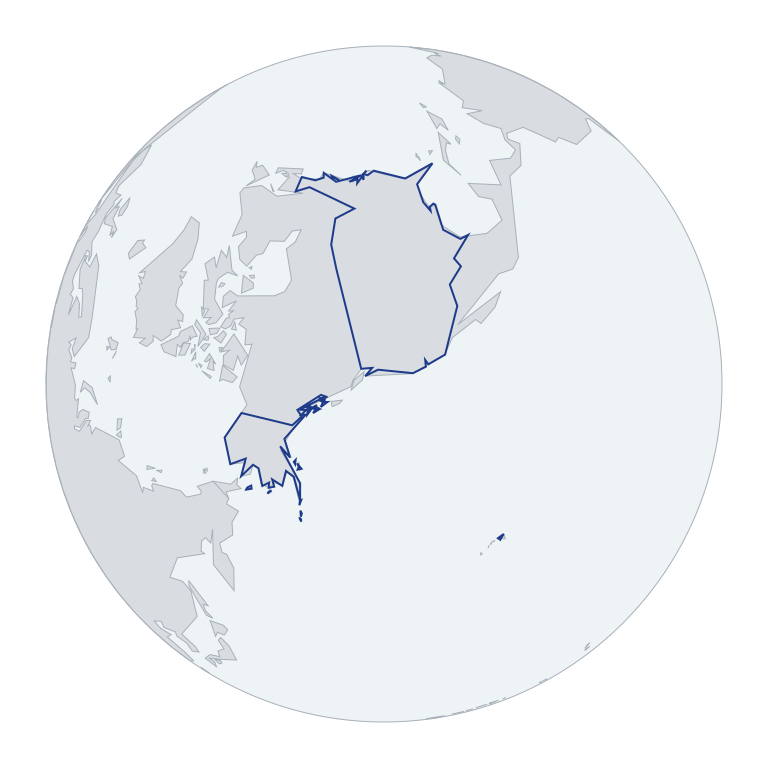 United States of America on an orthographic globe, rotated 270°
{"feature_id": "USA", "entity_name": "United States of America", "entity_type": "country or territory", "adm_level": 0, "iso_a3": "USA", "parent_name": "North America", "parent_adm1": "", "projection": "orthographic", "projection_center": [-126.716, 45.186], "detail": "medium", "context": "on_globe", "style": "outline", "palette": "blue", "viewbox_px": 768, "rotation_deg": 270, "n_neighbors": 0, "source": "natural_earth", "source_scale": "50m", "svg_char_len": 12002}
<svg xmlns="http://www.w3.org/2000/svg" viewBox="0 0 768 768"><g transform="rotate(270 384 384)"><circle cx="384" cy="384" r="338" fill="#eef3f6" stroke="#a8b0b8"/><path d="M123.7,587.6L124.6,589.3L124.4,589.2L123.7,587.6ZM627.2,618.6L649.4,588.9L649.0,585.5L637.0,591.1L623.5,576.6L630.7,558.5L626.1,555.5L640.7,523.1L634.6,506.6L628.8,508.0L624.5,519.8L602.6,521.0L592.0,509.9L510.5,518.4L499.0,512.8L494.1,498.6L443.4,457.8L476.3,500.6L461.0,495.1L444.5,481.0L448.5,475.6L430.4,452.4L413.5,444.9L394.4,412.6L392.0,366.2L400.6,372.3L399.0,361.2L388.1,353.2L381.3,350.7L361.1,307.3L326.7,285.3L310.8,290.9L318.2,280.4L284.6,300.6L262.7,300.2L290.6,293.2L295.9,286.8L282.6,282.3L285.1,275.0L280.1,268.9L284.4,260.8L300.4,258.2L303.4,253.1L293.8,250.3L291.9,241.1L305.6,245.8L303.8,230.3L330.2,224.8L363.3,246.9L381.2,239.6L423.8,251.9L423.1,244.9L438.8,246.2L443.9,238.8L450.4,243.9L448.8,233.8L442.0,230.6L439.0,225.2L441.3,220.8L450.0,226.3L450.1,229.3L453.8,228.7L457.2,233.4L456.9,228.6L467.1,236.3L460.5,222.4L471.7,223.3L477.5,230.1L472.1,237.5L472.2,274.3L476.4,284.8L487.8,291.5L519.2,286.4L525.9,295.2L538.3,301.2L536.9,292.2L526.7,284.4L527.1,270.0L514.5,263.0L512.8,256.4L501.8,246.7L508.6,239.8L521.3,238.5L530.8,246.5L536.7,246.5L531.8,232.5L553.6,242.1L575.0,239.9L580.1,243.8L582.5,261.6L571.8,276.9L574.8,303.0L578.2,277.9L590.8,289.2L595.1,288.0L597.5,283.0L594.8,275.8L600.2,278.3L599.0,303.2L594.0,301.3L594.5,293.1L589.6,300.8L588.8,319.0L595.2,324.0L587.2,348.4L591.7,352.6L592.5,360.7L585.8,352.2L597.6,368.3L589.2,403.4L605.2,432.3L583.7,417.1L572.6,421.1L560.3,429.6L562.9,434.5L543.3,440.8L531.1,460.0L534.7,487.1L547.8,502.0L568.8,492.0L571.4,478.7L584.6,468.2L583.1,501.0L607.6,489.6L609.8,510.4L618.0,515.6L628.2,505.0L639.5,500.9L644.6,483.7L654.2,467.1L657.4,482.2L660.3,462.2L667.3,463.4L684.5,439.9L684.0,445.1L698.9,442.4L710.1,426.8L712.8,431.7L711.9,441.0L714.6,434.4L714.6,438.4L720.9,409.6L721.0,409.1L718.1,435.0L713.1,460.5L706.3,485.6L697.5,510.1L686.9,533.8L674.5,556.7L660.3,578.5L644.5,599.2L627.2,618.6ZM229.2,505.2L229.6,497.9L234.0,503.8L229.2,505.2ZM226.8,492.6L227.3,495.3L226.2,492.9L226.8,492.6ZM224.0,490.3L226.0,492.0L223.5,490.8L224.0,490.3ZM219.9,488.0L222.2,488.9L221.9,489.1L219.9,488.0ZM607.9,443.4L635.6,438.2L623.7,451.1L625.3,446.4L617.5,445.5L604.2,449.0L592.7,461.1L607.9,443.4ZM214.4,482.3L213.0,480.7L215.2,480.8L214.4,482.3ZM611.7,418.4L607.2,420.6L611.1,417.2L611.7,418.4ZM377.9,351.1L387.6,353.9L396.5,364.2L388.1,362.5L377.9,351.1ZM361.4,332.2L366.6,331.0L367.9,342.4L364.5,339.5L361.4,332.2ZM298.8,297.1L306.2,299.0L298.1,299.8L298.8,297.1ZM278.7,269.5L275.8,271.5L274.4,267.5L278.7,269.5ZM498.7,251.3L500.3,249.1L501.5,252.0L498.7,251.3ZM492.5,249.4L492.9,254.4L490.0,254.3L489.8,251.2L492.5,249.4ZM279.7,251.7L278.4,245.2L282.4,251.3L279.7,251.7ZM492.7,243.3L484.9,253.4L479.8,253.2L474.8,241.4L492.7,243.3ZM279.5,241.1L276.2,226.0L269.4,228.8L286.8,213.1L283.8,230.7L289.9,237.6L283.3,236.8L279.5,241.1ZM438.8,231.5L446.2,234.7L437.8,236.3L438.8,231.5ZM434.1,233.9L412.7,247.7L402.9,241.3L412.0,237.7L397.6,233.3L403.4,223.3L412.6,223.5L417.8,229.5L416.1,221.2L434.1,233.9ZM296.9,207.3L298.5,203.5L299.8,207.0L296.9,207.3ZM437.2,223.3L433.7,226.4L425.0,221.0L430.3,213.8L431.4,217.8L437.2,223.3ZM391.0,237.2L385.4,232.2L388.6,222.7L386.9,219.6L402.7,222.6L391.0,237.2ZM434.6,216.8L433.2,210.3L439.5,209.0L440.0,219.9L434.6,216.8ZM420.4,222.7L416.5,219.9L420.5,219.1L420.4,222.7ZM461.0,201.5L457.0,204.9L452.1,202.3L461.0,201.5ZM432.3,208.1L430.2,208.6L427.8,208.1L428.2,203.7L432.3,208.1ZM403.8,215.8L406.3,213.1L397.5,214.1L399.5,207.4L409.7,210.7L406.1,206.5L406.7,204.5L414.4,209.5L403.8,215.8ZM421.5,197.9L435.2,200.5L443.6,194.6L448.2,196.6L433.8,205.9L421.5,197.9ZM416.7,204.2L420.7,200.7L424.4,204.8L423.8,209.8L416.7,204.2ZM397.2,201.8L391.5,211.2L389.5,210.2L397.2,201.8ZM423.2,195.3L419.9,194.8L423.4,194.4L423.2,195.3ZM404.4,198.8L402.6,202.1L400.4,200.9L404.4,198.8ZM414.7,191.1L419.1,191.9L418.9,195.1L414.7,191.1ZM409.4,193.9L406.7,191.5L416.2,195.8L409.0,195.6L409.4,193.9ZM402.5,197.0L400.6,197.4L403.6,195.8L402.5,197.0ZM412.9,178.7L424.9,183.5L424.5,190.5L412.9,184.8L412.9,178.7ZM683.4,227.3L679.1,220.1L619.6,145.3L611.5,135.7L569.8,101.9L565.5,98.9L567.4,100.2L587.8,114.4L607.1,130.2L625.1,147.2L641.9,165.6L657.2,185.1L671.1,205.8L683.4,227.3ZM443.3,51.3L452.0,53.1L440.1,51.3L457.4,54.6L453.5,53.4L464.3,55.8L468.5,57.1L464.1,56.2L473.0,58.8L491.6,63.7L490.8,63.4L527.1,77.9L527.8,78.2L524.1,76.7L536.1,85.5L542.2,87.7L531.4,80.0L536.7,82.7L543.5,86.1L544.6,86.7L542.8,85.9L553.0,95.0L573.6,109.2L607.2,132.7L617.7,143.3L623.1,151.6L603.5,141.0L582.2,118.8L575.0,115.9L572.9,121.0L566.7,114.2L563.2,113.8L554.6,106.5L536.2,98.3L526.4,92.0L513.2,91.5L506.4,88.6L516.2,89.4L517.8,87.2L492.9,74.2L486.3,72.4L479.6,73.5L473.6,70.3L470.4,73.0L453.1,68.4L471.5,76.8L464.2,79.5L450.5,78.8L451.4,81.5L473.7,82.8L479.6,82.2L479.5,79.0L498.5,80.1L508.3,84.2L500.9,89.7L514.1,96.5L502.5,98.8L449.4,92.0L430.3,88.6L411.4,74.2L419.3,72.2L430.1,76.1L425.7,68.8L423.4,71.1L418.4,68.8L410.2,71.8L406.2,70.4L405.1,76.0L399.3,74.6L400.2,71.1L383.1,75.4L369.5,74.6L367.5,76.4L369.3,78.5L350.9,76.7L350.3,78.2L356.0,79.2L358.5,83.0L355.7,89.2L349.5,88.2L349.7,85.8L340.7,79.9L342.1,74.3L339.2,74.6L336.6,79.3L347.5,86.5L347.6,90.6L341.2,87.4L343.6,88.8L341.7,90.6L334.0,91.7L340.5,95.5L328.0,119.2L311.8,124.5L307.5,118.4L292.2,136.5L275.2,142.7L280.6,143.4L276.9,153.6L282.2,151.7L284.5,152.9L277.4,180.3L270.9,186.5L273.9,200.7L276.7,201.3L281.7,197.3L286.8,213.1L269.4,228.8L264.1,226.5L256.8,238.5L245.6,232.0L233.0,232.7L224.9,219.7L215.6,222.0L213.8,226.6L199.9,233.8L177.3,234.1L203.3,213.5L238.8,212.6L225.0,210.8L230.4,205.4L226.8,201.5L216.9,201.1L214.3,204.6L210.2,177.4L190.8,169.9L186.6,182.6L177.2,190.8L151.5,197.2L134.0,181.7L121.2,195.5L115.9,199.0L117.0,192.3L124.8,186.8L132.0,176.9L136.1,175.3L140.6,163.9L146.8,161.1L147.1,154.2L139.6,160.6L133.4,171.2L131.1,167.3L116.2,184.5L107.2,193.6L107.0,190.5L121.4,171.3L137.2,153.2L154.2,136.2L172.4,120.5L191.6,106.2L211.9,93.2L233.0,81.7L254.8,71.8L277.3,63.4L300.4,56.6L323.8,51.5L347.6,48.0L371.6,46.3L395.6,46.3L419.5,48.0L443.3,51.3ZM645.3,170.4L648.1,173.6L645.3,170.4ZM390.4,46.1L385.0,46.1L385.0,46.3L392.4,46.4L411.5,47.2L390.4,46.1ZM685.0,438.9L687.4,439.0L684.9,442.9L685.0,438.9ZM624.1,459.3L629.0,455.6L632.2,455.9L628.8,459.9L624.1,459.3ZM660.4,423.3L665.1,419.5L661.1,426.2L660.4,423.3ZM639.5,436.8L656.8,427.0L648.9,442.0L637.6,448.3L644.2,440.0L639.5,436.8ZM613.5,429.9L617.0,428.6L617.3,432.4L613.5,429.9ZM614.5,416.0L613.5,417.3L610.9,416.0L614.5,416.0ZM590.9,287.7L591.2,285.8L594.5,282.0L594.8,286.2L590.9,287.7ZM598.0,252.2L606.6,257.1L600.7,256.2L602.8,262.6L593.0,269.3L582.1,246.1L588.8,255.2L598.0,252.2ZM576.9,272.8L584.4,270.5L576.6,274.0L576.9,272.8ZM552.7,121.8L551.9,118.3L558.3,120.1L570.5,130.1L561.4,127.4L552.7,121.8ZM549.2,113.0L538.4,116.8L530.3,111.4L536.7,113.6L532.4,109.7L541.5,112.4L544.3,104.3L550.2,105.5L569.7,122.2L560.1,115.7L561.5,119.3L549.2,113.0ZM525.1,142.5L520.3,145.8L509.0,129.5L514.7,128.4L527.4,137.7L528.0,144.6L525.1,142.5ZM485.4,221.3L484.3,224.9L481.9,223.2L480.9,218.8L485.4,221.3ZM459.5,203.3L487.7,204.3L487.9,208.3L504.2,205.0L511.0,214.5L500.2,216.1L517.7,221.4L510.7,226.7L522.5,229.3L497.7,232.0L492.1,237.6L495.7,227.6L489.7,218.6L485.3,216.4L468.9,214.6L453.8,222.9L445.3,216.0L443.4,208.9L445.7,205.8L450.5,211.2L450.2,203.3L458.8,208.7L459.5,203.3ZM425.2,139.4L429.7,145.3L430.6,133.5L439.2,137.6L438.8,136.0L447.0,136.7L456.3,135.0L459.5,137.9L461.7,136.1L467.2,136.8L471.3,135.4L478.5,140.2L484.1,139.0L484.4,142.0L492.1,138.8L489.6,143.4L496.5,145.3L495.3,139.8L524.2,172.7L538.2,184.1L551.3,191.4L545.2,199.3L529.1,198.0L509.1,192.0L496.4,180.4L496.0,186.5L489.8,182.9L492.7,179.6L484.5,182.6L480.2,178.9L462.4,175.7L453.2,183.3L446.5,182.6L447.9,177.8L440.2,180.6L438.4,171.3L433.6,170.7L426.9,161.4L432.6,153.1L426.7,153.2L421.4,146.5L425.2,139.4ZM411.4,175.9L416.2,164.1L423.3,160.9L431.8,178.6L436.5,180.4L442.2,192.4L431.8,197.1L431.1,193.1L428.1,190.5L432.5,190.0L426.6,188.4L425.5,183.1L420.6,180.5L423.5,177.3L411.4,175.9ZM554.8,92.4L557.4,94.0L553.4,91.7L546.6,87.7L546.9,87.9L554.8,92.4ZM564.9,100.2L560.8,97.5L564.7,99.0L568.8,101.8L564.9,100.2ZM555.3,95.2L560.3,97.3L560.0,97.8L555.3,95.2ZM512.1,87.5L507.4,85.3L508.2,84.6L512.3,85.4L512.1,87.5ZM429.5,108.0L431.0,111.2L428.8,111.5L425.3,118.1L418.6,116.0L418.1,111.2L429.5,108.0ZM421.6,106.8L420.9,109.6L418.0,106.9L421.6,106.8ZM413.5,114.9L409.5,112.2L417.3,116.6L413.5,114.9ZM100.3,201.8L95.4,208.6L94.6,209.7L99.2,202.3L100.3,201.8ZM363.3,97.5L375.7,90.1L380.2,84.5L375.7,80.3L387.3,83.5L380.4,92.2L363.3,97.5ZM333.0,116.4L337.0,120.7L331.8,121.6L330.2,120.7L333.0,116.4ZM337.8,117.0L349.2,117.5L349.2,121.8L340.2,120.5L337.8,117.0ZM385.7,110.2L389.8,108.1L392.1,110.3L385.7,110.2ZM117.9,584.4L121.8,589.7L118.1,585.9L117.9,584.4ZM124.4,589.2L119.8,585.0L123.7,587.6L124.4,589.2ZM86.9,542.7L89.3,547.1L88.7,546.3L86.9,542.7ZM85.6,540.4L85.3,538.9L86.8,542.4L85.6,540.4ZM69.1,503.1L69.5,503.4L70.4,505.8L69.1,503.1ZM66.6,496.1L64.3,490.4L64.1,489.1L66.6,496.1ZM65.6,492.2L64.8,489.0L67.7,498.4L65.6,492.2ZM60.4,476.2L63.8,487.2L60.2,476.0L60.4,476.2ZM59.2,473.0L57.3,466.4L57.3,466.0L59.2,473.0ZM53.9,451.8L56.5,463.6L56.5,464.2L55.5,460.2L53.9,451.8ZM49.2,429.9L50.5,435.6L51.2,439.5L50.6,439.1L49.9,434.8L49.2,429.9ZM49.3,426.1L50.7,434.7L52.1,443.6L51.9,443.4L49.3,426.1ZM104.2,219.4L108.6,214.9L107.5,220.5L104.8,221.9L104.2,219.4ZM108.0,236.6L108.7,220.6L109.9,208.8L106.5,214.5L101.4,216.4L109.8,205.2L113.4,209.8L111.4,219.8L117.0,217.9L119.1,224.0L127.7,218.3L130.6,220.6L122.1,229.0L108.0,236.6ZM131.6,215.6L147.4,210.1L142.7,223.5L138.1,227.7L132.9,224.3L135.7,217.4L131.6,215.6ZM149.8,212.9L152.8,206.4L182.1,189.0L187.1,188.9L162.3,208.1L163.7,203.1L157.3,205.4L149.8,212.9ZM294.8,203.7L298.1,203.6L295.1,206.1L294.8,203.7ZM287.5,151.7L290.1,153.8L286.4,156.4L287.5,151.7ZM295.3,161.2L297.6,156.8L297.8,161.9L295.3,161.2ZM302.4,147.1L299.8,155.2L298.6,147.0L302.4,147.1Z" fill="#d9dde1" stroke="#a8b0b8" stroke-width="1"/><path d="M559.4,354.4L580.8,309.5L576.6,295.6L591.0,301.8L587.7,315.4L590.3,323.6L595.1,323.8L586.2,336.1L592.7,361.0L586.2,349.3L588.9,357.4L584.7,357.2L591.9,362.4L591.7,363.0L590.4,362.4L588.2,363.5L591.7,363.6L593.1,362.3L597.5,366.5L594.0,363.4L592.8,367.6L597.3,373.7L589.5,405.3L604.7,432.5L583.8,417.1L565.7,423.3L557.1,430.6L561.3,429.8L564.4,433.4L563.3,435.3L538.2,443.2L529.1,460.3L533.1,468.1L509.6,454.0L501.7,460.9L483.5,449.8L462.0,457.3L413.4,445.1L403.7,428.4L408.1,425.2L401.3,425.9L394.8,412.9L398.3,378.0L391.9,365.1L400.1,372.2L399.2,361.2L499.2,336.3L523.4,331.2L549.5,335.4L559.4,354.4ZM373.1,321.0L370.9,327.4L369.8,319.7L367.3,320.8L366.0,322.5L368.2,318.9L358.2,299.5L358.1,306.3L353.0,301.1L353.4,305.8L329.1,284.4L310.4,290.1L321.7,280.2L284.7,300.1L267.9,300.1L291.2,293.8L297.1,286.0L282.1,282.3L288.6,272.2L281.3,274.2L280.2,268.7L285.4,269.1L282.0,262.3L299.7,258.5L303.2,253.0L291.9,241.2L309.4,245.7L303.8,230.3L330.5,224.6L355.0,241.5L342.7,292.2L351.5,301.7L358.1,297.4L373.1,321.0ZM304.6,297.0L299.2,301.5L298.4,297.7L301.2,299.0L304.6,297.0ZM361.0,320.8L365.8,323.0L366.0,327.4L361.0,320.8ZM234.0,503.7L228.2,500.2L229.8,497.9L234.0,503.7ZM278.4,246.2L280.5,247.3L282.4,251.2L279.3,251.6L278.4,246.2ZM353.3,307.3L358.4,307.7L358.0,310.7L353.3,307.3ZM275.8,268.3L277.7,271.5L274.5,267.6L275.8,268.3ZM354.9,313.1L358.5,315.2L358.0,318.1L354.9,313.1ZM359.3,313.3L360.6,307.1L361.6,310.2L359.3,313.3ZM262.8,299.3L267.7,300.1L268.1,301.3L262.8,299.3ZM369.0,320.4L369.0,324.8L366.9,324.6L369.0,320.4ZM591.0,332.2L592.2,331.7L587.9,339.2L591.0,332.2ZM361.1,313.4L363.0,317.0L360.7,313.7L361.1,313.4ZM251.3,300.9L257.4,300.4L254.6,301.8L251.3,300.9ZM306.1,293.8L308.1,295.6L303.8,295.1L306.1,293.8ZM359.4,314.6L361.3,315.8L359.5,319.0L359.4,314.6ZM250.6,299.2L248.6,301.1L246.4,301.2L250.6,299.2Z" fill="none" stroke="#1e3a8a" stroke-width="2"/></g></svg>